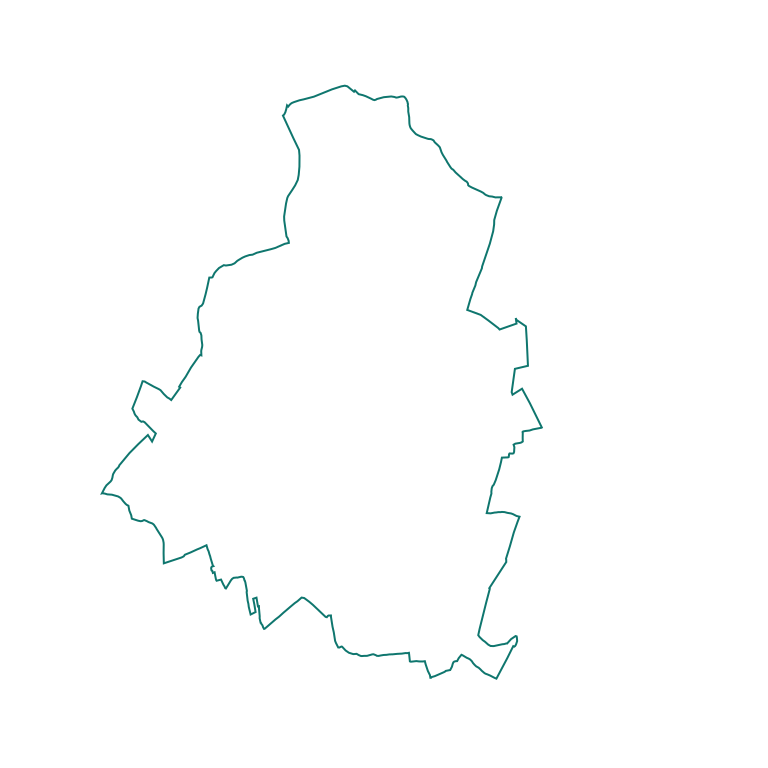 outline of Sauca, Satu Mare, Romania, rotated 113°
{"feature_id": "2599482B69932192644712", "entity_name": "Sauca", "entity_type": "district", "adm_level": 2, "iso_a3": "ROU", "parent_name": "Romania", "parent_adm1": "Satu Mare", "projection": "equal_earth", "projection_center": [22.498, 47.458], "detail": "fine", "context": "isolated", "style": "outline", "palette": "teal", "viewbox_px": 768, "rotation_deg": 113, "n_neighbors": 0, "source": "geoboundaries", "source_scale": "gbopen_adm2", "svg_char_len": 6154}
<svg xmlns="http://www.w3.org/2000/svg" viewBox="0 0 768 768"><g transform="rotate(113 384 384)"><path d="M594.9,600.9L594.4,600.2L594.2,598.9L594.0,598.5L593.7,595.6L592.2,591.2L591.4,584.8L591.7,582.6L591.9,581.7L592.3,580.8L593.8,578.2L595.3,575.1L595.8,573.4L595.9,571.7L600.0,569.0L603.6,565.4L606.5,563.5L605.9,556.9L605.4,554.4L604.6,553.1L603.1,551.8L602.9,551.3L602.9,548.6L603.1,546.7L602.9,542.7L603.4,540.9L605.5,537.6L606.4,536.5L611.7,528.8L612.7,527.5L613.9,526.4L616.3,524.8L618.0,524.0L625.8,520.8L635.1,516.6L622.8,502.6L620.9,501.0L619.0,500.6L614.7,496.3L609.3,491.4L607.1,489.2L601.8,484.4L605.1,481.7L606.5,480.1L609.0,478.1L610.4,476.8L612.4,475.3L618.0,470.6L618.3,469.9L619.3,471.0L620.1,471.3L621.0,471.2L622.8,470.1L623.1,469.7L623.0,469.3L623.2,468.9L624.8,467.7L623.5,466.4L629.0,462.7L630.1,461.8L630.5,461.2L627.7,457.6L631.5,453.4L632.3,452.2L634.0,450.3L634.0,449.6L624.6,448.2L622.8,447.7L621.8,447.1L621.2,446.7L619.7,444.0L619.5,443.3L617.3,440.3L616.9,439.4L616.7,438.1L617.6,437.0L619.4,435.6L619.4,435.3L620.8,434.1L628.1,429.3L629.1,429.2L636.8,424.8L639.4,422.9L642.0,421.4L648.3,416.7L644.1,413.1L637.6,417.2L632.8,420.5L630.5,417.9L638.0,413.1L637.4,412.3L639.6,411.3L646.3,407.7L648.3,406.9L650.3,405.5L652.1,404.2L652.1,403.7L652.7,403.2L653.6,401.6L655.2,400.2L656.3,398.7L655.9,398.2L653.3,396.9L643.1,391.9L639.2,389.7L633.8,387.2L624.8,382.7L620.5,380.5L617.8,378.8L612.8,376.4L612.2,373.8L613.7,367.6L615.1,363.1L621.2,346.8L621.0,345.5L619.5,345.1L618.8,344.6L617.8,342.4L619.1,341.8L627.6,336.5L632.2,333.2L639.6,328.6L641.2,327.0L644.4,323.2L644.0,322.1L642.4,320.7L642.2,320.3L642.2,319.9L644.3,315.2L645.1,311.3L644.7,307.2L644.5,306.4L643.1,303.8L643.4,301.3L643.4,299.1L643.1,298.1L642.2,296.4L640.8,293.3L637.5,289.2L636.9,288.1L636.8,285.6L637.0,284.4L636.4,282.7L635.2,281.0L633.6,278.5L632.4,276.0L630.7,273.2L629.6,270.7L627.2,266.3L625.2,262.2L623.3,259.1L622.6,257.3L621.7,256.0L623.6,254.9L629.2,251.8L629.2,251.1L629.0,250.5L626.4,245.9L625.7,243.4L624.3,239.9L623.2,238.1L625.8,236.1L631.0,231.5L634.1,227.9L636.3,226.5L635.9,225.8L635.3,225.8L633.1,223.1L625.7,216.1L624.6,215.3L624.0,215.1L621.4,211.3L617.7,211.0L614.7,211.4L613.1,211.4L612.1,210.9L611.2,209.8L610.5,208.4L607.1,208.1L603.0,206.9L603.0,205.7L603.7,200.8L603.7,198.9L603.9,197.2L604.8,194.9L606.1,193.0L607.1,190.9L607.9,188.8L608.2,186.0L609.0,183.7L609.8,181.9L610.9,178.4L611.0,177.1L610.9,175.3L610.9,172.5L611.3,167.4L611.3,165.4L588.1,163.4L574.8,162.6L574.9,161.5L573.9,160.9L572.2,160.7L568.6,161.0L565.7,162.5L564.5,163.3L564.6,164.4L569.1,167.3L574.8,169.3L574.9,169.9L576.4,171.7L577.4,173.5L582.4,180.6L583.5,183.5L583.2,186.2L581.8,190.3L581.2,193.0L579.6,197.1L578.4,199.1L572.1,200.3L545.5,204.5L531.7,206.5L531.0,206.7L530.8,207.3L500.0,201.9L499.6,202.2L498.0,202.8L497.3,203.4L484.3,204.7L469.9,206.5L458.7,207.2L453.2,207.4L453.7,210.4L453.4,214.4L453.5,216.4L454.4,220.1L454.8,222.9L455.7,225.5L456.3,226.4L457.2,228.6L458.4,230.5L459.1,231.9L461.4,235.3L462.7,239.0L446.9,241.8L442.9,242.3L441.2,243.1L437.8,244.1L435.6,244.2L433.8,243.6L428.8,243.6L417.6,244.6L410.1,245.8L405.7,246.7L403.1,241.2L402.6,240.7L401.1,241.0L400.0,241.4L399.3,241.4L398.9,241.3L397.9,238.6L397.2,237.7L395.7,237.7L391.8,239.1L391.2,239.3L389.2,241.0L387.6,239.8L385.0,235.7L384.0,234.6L382.7,233.8L379.4,235.3L374.7,237.2L374.1,237.7L373.3,237.4L371.9,235.3L370.0,231.9L367.6,229.2L362.7,221.9L362.4,221.7L344.7,242.2L334.4,255.1L343.6,261.5L341.6,263.3L318.9,269.4L311.0,258.6L288.3,269.5L275.5,275.9L273.3,286.8L273.0,287.4L271.8,288.5L276.6,285.6L288.7,298.9L287.9,300.5L284.7,312.9L282.6,322.0L283.3,336.3L271.8,337.7L266.9,338.0L265.5,338.3L257.5,338.4L254.3,339.0L239.2,339.1L237.5,339.6L213.5,341.4L200.7,343.2L194.0,345.0L190.0,346.6L180.5,347.8L166.2,348.6L165.8,348.4L166.5,349.4L168.7,354.4L169.2,357.7L170.1,360.5L170.2,363.8L169.9,365.5L169.3,367.2L169.0,370.1L168.8,379.9L168.5,383.1L168.2,384.1L166.7,385.0L166.0,385.9L165.4,387.1L165.3,388.5L164.6,391.4L161.3,400.8L159.7,404.0L159.6,404.9L159.3,406.1L158.3,407.8L155.0,412.6L153.9,413.9L150.2,419.2L148.3,421.5L144.3,425.1L143.3,427.2L141.7,431.7L140.4,433.6L140.2,435.8L140.4,437.0L141.0,438.5L141.2,439.7L141.8,446.7L141.7,450.0L141.5,452.2L141.1,453.2L139.5,456.7L138.2,459.2L137.2,460.3L135.6,461.6L134.1,462.5L128.5,465.1L123.8,468.1L120.5,469.5L118.4,470.9L116.9,471.3L116.2,472.0L115.4,472.4L113.7,474.2L112.7,475.5L111.7,477.5L111.9,478.9L112.4,480.0L112.9,480.9L114.8,483.3L115.6,484.7L115.7,486.5L116.5,489.7L120.1,496.3L124.4,501.8L125.5,502.6L126.4,503.7L126.6,505.1L126.4,507.5L126.2,513.2L126.4,516.4L127.1,520.6L125.1,525.4L126.7,525.8L124.3,534.0L124.7,536.6L126.7,539.6L133.1,547.0L146.9,560.8L153.4,569.2L155.9,572.7L159.6,576.9L161.2,578.5L162.4,579.3L164.0,580.0L166.1,580.6L165.4,582.1L169.0,581.4L172.4,581.0L175.0,581.2L176.4,581.9L193.1,563.5L201.7,553.7L206.8,551.0L216.9,546.8L224.9,544.2L229.9,543.1L235.9,543.4L241.3,544.3L248.6,545.7L250.6,545.7L256.1,544.7L268.8,541.4L272.5,539.7L286.3,531.4L287.4,529.7L289.5,527.7L291.3,526.7L293.8,530.2L301.3,537.3L304.2,540.9L312.9,552.4L316.3,555.5L317.9,558.3L320.8,561.6L323.1,563.7L326.4,566.1L328.0,567.2L331.3,568.7L333.8,571.0L336.7,575.8L337.2,577.9L341.7,581.2L345.7,582.7L348.2,583.4L352.8,583.6L353.3,584.2L354.3,586.4L364.1,584.5L371.1,583.3L380.6,582.0L383.1,582.5L385.0,584.0L387.0,584.2L392.1,582.8L396.1,581.4L398.3,579.9L406.9,575.1L408.1,574.2L408.6,572.8L410.6,571.1L414.2,569.4L419.1,566.5L421.0,565.9L424.2,565.4L425.4,565.0L429.0,563.3L429.1,564.6L431.5,565.4L444.3,568.1L454.8,569.4L461.2,570.8L466.6,571.5L466.9,570.2L481.9,573.6L481.3,575.7L481.0,578.3L479.3,582.7L477.0,587.3L476.7,589.3L476.4,594.8L475.5,603.6L475.2,605.2L475.8,607.3L480.6,606.9L492.6,606.3L505.0,606.0L507.1,603.5L508.8,602.0L510.0,600.4L511.0,598.1L512.7,596.1L513.6,592.6L512.6,591.2L512.7,589.5L517.5,578.0L518.7,574.7L527.6,575.0L523.2,581.4L535.4,586.7L547.0,591.3L562.3,595.9L563.3,595.8L564.8,596.1L566.6,596.9L568.6,597.6L572.4,598.1L573.8,598.0L576.4,597.4L579.0,597.2L580.6,597.6L585.7,599.9L588.9,600.5L594.9,600.9Z" fill="none" stroke="#0f766e" stroke-width="2"/></g></svg>